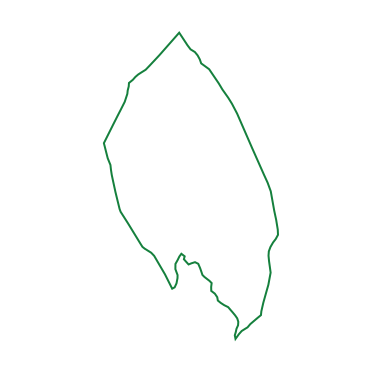 Kilimani, Nairobi, Kenya, rotated 248°
{"feature_id": "3690345B60954938722766", "entity_name": "Kilimani", "entity_type": "district", "adm_level": 2, "iso_a3": "KEN", "parent_name": "Kenya", "parent_adm1": "Nairobi", "projection": "albers", "projection_center": [36.768, -1.277], "detail": "fine", "context": "isolated", "style": "outline", "palette": "green", "viewbox_px": 384, "rotation_deg": 248, "n_neighbors": 0, "source": "geoboundaries", "source_scale": "gbopen_adm2", "svg_char_len": 1525}
<svg xmlns="http://www.w3.org/2000/svg" viewBox="0 0 384 384"><g transform="rotate(248 192 192)"><path d="M134.6,259.6L143.7,261.2L163.2,265.3L172.2,265.6L181.2,265.2L210.4,264.2L247.8,263.2L258.9,262.1L265.8,260.9L275.6,258.6L282.6,257.5L299.4,253.9L307.8,248.7L312.0,248.9L316.5,248.4L320.7,247.1L324.8,244.1L329.6,242.8L344.5,239.8L331.1,213.1L325.3,200.6L322.7,194.8L321.8,189.7L321.1,186.1L319.9,182.6L318.2,179.2L316.7,174.4L313.6,172.9L310.2,170.4L307.2,168.8L300.8,163.4L294.5,156.2L291.5,152.7L283.9,144.0L270.3,128.6L254.9,126.5L247.6,126.5L243.0,125.2L237.9,124.0L232.2,123.0L220.6,121.0L203.4,118.5L200.4,118.4L187.0,120.9L163.6,124.8L159.7,125.5L157.2,126.9L151.0,131.4L147.0,133.0L125.8,136.1L109.8,137.4L110.1,140.2L113.1,143.4L117.6,146.3L120.4,147.5L123.7,147.6L126.7,147.7L131.5,149.7L134.3,153.2L136.9,156.1L138.7,159.0L135.1,161.1L132.7,159.3L129.3,160.5L126.1,161.7L126.1,164.8L125.8,168.5L123.1,170.9L118.3,171.0L114.2,170.8L111.2,170.6L108.6,171.7L106.0,173.2L103.1,174.9L100.2,176.1L96.8,174.2L93.1,172.8L89.2,175.1L85.0,176.0L81.7,175.3L78.4,177.1L75.1,179.4L71.7,182.4L68.1,183.6L65.2,184.6L61.4,185.8L57.9,186.6L54.3,186.3L51.2,184.8L48.5,182.0L45.7,180.1L43.1,178.0L39.5,177.3L42.6,182.2L44.5,186.0L45.2,189.8L45.7,192.8L47.7,196.6L49.0,200.5L50.6,205.3L52.0,209.8L55.4,211.6L62.7,216.7L72.8,224.5L77.3,228.0L87.8,234.7L93.3,236.1L98.9,237.5L104.3,239.1L108.2,241.0L111.6,244.1L114.8,248.2L117.1,252.1L120.1,255.7L124.9,257.4L134.6,259.6Z" fill="none" stroke="#15803d" stroke-width="2"/></g></svg>